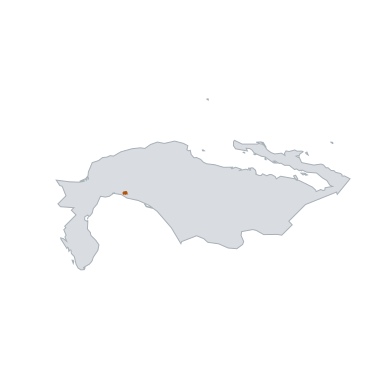 location of Emiliano Zapata, Veracruz, Mexico, rotated 135°
{"feature_id": "50627088B15654993016577", "entity_name": "Emiliano Zapata", "entity_type": "district", "adm_level": 2, "iso_a3": "MEX", "parent_name": "Mexico", "parent_adm1": "Veracruz", "projection": "equal_earth", "projection_center": [-96.752, 19.457], "detail": "fine", "context": "in_parent", "style": "filled", "palette": "amber", "viewbox_px": 384, "rotation_deg": 135, "n_neighbors": 0, "source": "geoboundaries", "source_scale": "gbopen_adm2", "svg_char_len": 4714}
<svg xmlns="http://www.w3.org/2000/svg" viewBox="0 0 384 384"><g transform="rotate(135 192 192)"><path d="M70.9,89.6L91.0,87.6L89.9,89.8L120.6,102.9L144.2,102.9L144.4,97.9L159.1,98.0L161.5,101.5L171.4,111.2L173.7,119.3L175.5,122.4L184.9,128.9L188.1,126.5L190.5,120.4L193.4,119.1L200.4,120.2L206.0,126.8L209.8,136.5L216.4,145.3L216.7,150.8L219.7,157.8L234.4,164.3L236.4,163.3L231.9,181.3L230.3,203.0L231.0,207.7L234.8,214.0L234.0,217.3L234.2,213.9L231.0,208.6L232.0,213.5L235.9,223.8L242.3,233.7L243.7,239.9L248.2,246.2L247.0,246.0L249.5,247.5L248.7,246.6L253.4,247.4L256.8,249.6L259.8,253.7L267.7,250.6L273.5,250.1L277.4,247.7L281.5,247.2L282.3,248.1L282.0,249.4L285.3,250.3L287.6,248.3L286.9,245.0L285.8,245.8L286.1,245.2L292.1,239.8L292.5,235.3L294.2,232.8L294.2,225.7L295.2,220.4L299.8,217.3L307.9,215.7L311.5,213.9L315.4,213.5L322.0,215.3L322.6,214.2L320.8,214.1L323.1,213.3L325.7,215.6L326.3,218.8L325.0,223.0L320.9,229.5L320.8,233.8L318.7,236.4L319.1,237.4L321.0,237.1L319.0,239.8L319.1,240.9L320.4,240.5L318.0,251.4L317.3,252.4L315.9,249.9L315.5,245.8L313.6,250.1L311.6,250.4L309.3,256.0L306.4,256.0L306.2,257.8L290.2,257.8L290.2,264.4L286.6,264.4L295.4,274.6L295.2,278.4L283.8,278.4L279.8,287.8L280.9,290.2L279.6,296.4L271.3,285.7L264.7,278.6L260.6,275.8L260.2,276.5L263.9,279.0L258.1,276.8L258.5,275.1L257.0,275.8L256.0,274.3L254.9,275.9L256.9,276.7L253.9,277.1L251.0,279.5L241.8,283.3L235.9,280.3L230.9,279.6L227.5,276.8L224.2,275.6L222.1,272.9L213.9,270.7L203.8,265.0L197.2,259.7L194.5,256.1L187.7,254.9L181.2,251.8L177.2,245.9L168.3,240.3L163.7,232.5L162.2,227.7L165.8,225.4L165.2,223.4L163.7,222.7L166.1,219.1L166.4,214.8L164.5,213.3L162.8,209.0L162.9,205.1L161.7,201.6L156.6,195.1L152.2,187.1L145.3,180.4L147.3,181.6L147.4,180.2L143.7,178.7L141.1,173.4L143.0,173.5L137.6,169.9L136.9,168.1L134.8,168.8L134.5,168.0L136.1,165.9L133.4,167.5L131.9,166.0L131.7,162.5L133.7,159.4L134.4,160.0L133.2,156.8L131.5,154.8L129.2,154.9L127.7,150.6L124.9,149.6L123.3,147.8L122.3,144.1L123.1,141.7L118.2,140.5L110.0,128.7L109.6,125.9L108.3,125.0L103.4,110.4L103.2,106.0L103.9,104.5L99.2,102.7L98.2,100.3L96.6,99.5L94.9,100.9L88.6,96.5L89.7,99.3L88.5,104.8L89.7,109.1L90.5,117.4L96.8,124.8L98.6,129.7L99.6,129.5L100.1,131.0L101.0,131.1L101.8,134.4L103.6,135.4L104.4,142.1L107.7,145.5L108.7,149.4L110.2,150.6L111.2,155.1L112.6,156.2L111.9,152.8L113.7,154.8L115.6,165.3L117.7,168.3L120.4,175.8L119.9,179.0L120.4,181.9L122.8,184.6L123.8,181.8L130.7,191.8L129.9,195.5L127.0,198.2L125.4,198.5L122.6,190.3L111.7,179.4L110.7,179.5L108.5,176.1L108.1,173.8L109.0,168.7L108.2,163.9L106.6,160.4L101.3,156.2L100.4,152.1L99.3,153.9L96.5,154.6L94.6,151.9L89.6,149.0L88.9,146.6L85.3,143.1L85.0,141.9L88.9,142.6L91.2,141.6L91.1,142.7L93.1,143.8L92.5,141.1L91.6,140.9L93.7,135.3L86.8,124.9L80.9,120.4L79.9,118.1L80.1,114.3L78.7,113.0L78.4,108.7L76.6,106.9L76.5,104.3L74.0,100.3L73.6,98.4L74.6,97.1L72.8,95.5L70.9,89.6ZM109.6,128.8L108.8,131.5L106.9,130.6L107.9,126.6L109.0,126.2L109.6,128.8ZM101.6,128.3L98.9,125.4L98.3,122.5L99.7,123.4L99.9,125.1L101.4,125.5L101.6,128.3ZM325.0,228.6L324.3,227.7L324.7,226.5L326.5,225.4L325.0,228.6ZM108.5,179.5L106.6,176.7L108.0,171.0L107.5,176.1L108.5,179.5ZM84.0,139.4L82.5,139.0L83.7,136.0L84.2,138.2L84.0,139.4ZM58.7,129.5L57.5,127.6L57.8,126.8L58.3,126.8L58.7,129.5ZM110.2,179.6L111.4,181.8L108.9,179.6L110.2,179.6ZM155.3,213.4L155.0,214.4L154.4,214.0L154.1,212.4L155.3,213.4ZM121.2,173.8L121.7,175.5L120.4,173.4L121.2,173.8ZM116.7,162.4L117.4,163.2L116.2,164.7L116.7,162.4ZM116.0,246.9L115.5,247.2L114.7,246.4L115.4,245.5L116.0,246.9ZM284.2,247.3L282.8,247.7L285.3,246.7L284.2,247.3ZM127.8,183.7L127.0,183.5L127.0,181.8L127.8,183.7Z" fill="#d9dde1" stroke="#a8b0b8" stroke-width="1"/><path d="M239.6,237.3L239.5,237.2L239.5,237.3L239.4,237.2L239.2,237.3L238.9,237.4L238.9,237.5L239.0,237.5L238.9,237.6L239.0,237.7L239.1,237.8L238.9,237.8L238.7,237.9L238.7,238.0L238.4,238.1L238.4,238.3L238.4,238.5L238.5,238.5L238.8,238.7L238.9,238.8L239.0,238.8L239.1,239.0L239.2,238.9L239.3,239.0L239.2,239.1L239.1,239.3L239.3,239.4L239.4,239.5L239.5,239.5L239.5,239.4L239.5,239.2L239.5,239.3L239.5,239.2L239.6,239.3L239.8,239.4L239.7,239.4L239.8,239.5L239.8,239.4L239.8,239.5L239.8,239.4L239.8,239.5L240.0,239.6L240.3,239.5L240.4,239.4L240.4,239.5L240.5,239.6L240.5,239.8L240.8,239.8L241.0,239.8L241.3,239.9L241.4,239.7L241.5,239.6L241.5,239.4L241.6,239.2L241.4,239.2L241.2,238.9L241.2,239.0L241.1,238.9L241.1,239.0L240.9,238.9L240.7,238.8L240.7,238.7L240.6,238.8L240.6,238.7L240.4,238.6L240.2,238.5L240.2,238.4L240.1,238.2L239.9,238.0L239.9,237.9L239.7,237.8L239.7,237.7L239.7,237.8L239.6,237.7L239.4,237.6L239.4,237.4L239.5,237.4L239.6,237.3Z" fill="#f59e0b" stroke="#b45309" stroke-width="1.5"/></g></svg>